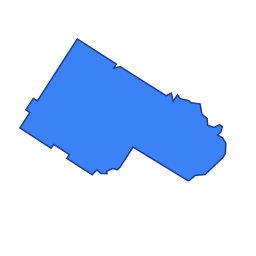 Worth, Georgia, United States of America, rotated 122°
{"feature_id": "52423323B78408762151605", "entity_name": "Worth", "entity_type": "district", "adm_level": 2, "iso_a3": "USA", "parent_name": "United States of America", "parent_adm1": "Georgia", "projection": "robinson", "projection_center": [-83.867, 31.583], "detail": "fine", "context": "isolated", "style": "filled", "palette": "blue", "viewbox_px": 256, "rotation_deg": 122, "n_neighbors": 0, "source": "geoboundaries", "source_scale": "gbopen_adm2", "svg_char_len": 724}
<svg xmlns="http://www.w3.org/2000/svg" viewBox="0 0 256 256"><g transform="rotate(122 128 128)"><path d="M97.8,32.0L89.3,36.8L86.3,42.4L86.4,48.2L82.2,47.1L76.7,48.8L76.8,52.2L81.9,55.3L83.5,61.9L78.2,65.8L77.0,72.8L69.4,79.6L73.3,88.4L72.5,90.9L75.5,99.1L73.7,103.7L81.3,103.8L75.5,109.8L80.4,112.8L80.2,155.5L80.0,167.0L84.6,171.8L80.0,171.8L79.9,178.7L79.4,218.2L147.9,219.1L153.0,219.2L153.1,224.0L166.8,224.2L166.9,219.4L185.2,219.7L185.9,182.6L181.3,182.2L181.6,163.7L186.2,163.8L186.6,133.6L179.9,132.2L181.0,127.1L177.9,121.6L175.9,123.1L170.6,119.7L169.1,115.0L165.4,114.0L141.5,113.6L140.9,49.0L139.6,48.1L132.5,45.8L126.6,38.0L102.5,31.8L97.8,32.0Z" fill="#3b82f6" stroke="#1e3a8a" stroke-width="1.5"/></g></svg>